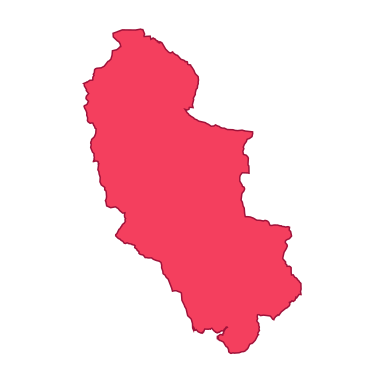 the district of Oituz, Bacau, Romania, rotated 277°
{"feature_id": "2599482B92428944714354", "entity_name": "Oituz", "entity_type": "district", "adm_level": 2, "iso_a3": "ROU", "parent_name": "Romania", "parent_adm1": "Bacau", "projection": "mercator", "projection_center": [26.528, 46.157], "detail": "fine", "context": "isolated", "style": "filled", "palette": "rose", "viewbox_px": 384, "rotation_deg": 277, "n_neighbors": 0, "source": "geoboundaries", "source_scale": "gbopen_adm2", "svg_char_len": 5945}
<svg xmlns="http://www.w3.org/2000/svg" viewBox="0 0 384 384"><g transform="rotate(277 192 192)"><path d="M99.7,308.8L103.4,310.7L103.5,312.7L106.5,311.8L108.8,312.1L114.6,311.2L115.6,309.8L116.6,309.1L118.0,307.2L118.7,306.9L119.6,305.6L119.9,304.3L122.1,302.6L121.8,300.9L124.4,300.2L129.0,299.6L129.7,298.8L130.2,297.7L129.8,295.4L131.1,295.0L132.5,293.4L133.9,293.5L136.6,290.5L137.3,290.1L143.3,290.7L147.3,292.5L150.0,293.2L151.3,292.7L153.1,290.8L154.7,290.7L156.0,291.6L157.6,294.4L160.4,296.2L164.8,294.7L166.1,293.1L168.9,293.1L169.3,291.5L168.6,289.1L168.9,287.8L168.8,285.6L169.3,284.9L169.2,283.5L169.6,280.9L169.2,277.3L168.5,275.3L168.4,273.8L168.9,273.1L171.2,271.9L172.2,270.6L172.6,269.4L172.7,267.9L171.9,266.3L172.2,263.0L171.9,259.7L173.5,256.2L174.3,253.0L174.3,250.5L174.0,247.9L174.7,247.6L177.3,246.8L182.4,245.8L184.4,244.4L188.1,243.2L190.0,241.7L196.2,241.7L197.2,242.0L199.0,243.2L200.9,243.8L202.0,243.7L203.2,243.0L203.7,241.4L205.1,240.8L208.6,238.1L212.6,237.6L214.5,237.9L217.2,239.5L217.7,244.8L217.6,246.3L223.9,245.4L225.0,245.1L225.4,244.5L226.4,244.2L232.5,243.8L233.6,243.1L235.1,241.4L235.6,238.5L238.6,237.5L241.3,238.2L242.8,237.4L245.8,238.2L248.7,239.8L250.9,240.2L251.6,241.3L252.1,242.5L254.3,244.8L257.5,245.1L259.1,244.8L259.0,237.4L259.5,234.2L258.5,229.9L258.4,227.3L258.8,225.1L258.3,219.4L259.3,216.4L259.1,214.4L259.5,212.3L260.3,211.3L260.7,209.2L261.5,207.2L260.2,205.7L259.6,203.0L261.2,200.0L261.7,198.3L262.5,196.6L263.2,189.9L264.2,188.0L264.9,185.4L265.8,184.6L267.2,181.4L267.7,180.8L267.8,180.0L269.2,178.9L269.9,177.7L273.2,175.0L272.8,177.1L273.7,178.9L275.6,179.0L275.9,180.8L275.9,182.8L278.6,181.7L283.9,182.4L285.3,181.9L289.2,183.4L290.8,183.2L294.4,183.6L295.5,184.5L297.0,184.7L297.8,184.4L300.2,185.0L301.9,184.7L303.9,184.8L307.3,184.0L309.5,181.2L310.6,180.3L312.9,179.1L316.0,176.6L316.3,176.0L317.8,175.2L318.0,174.8L317.9,173.6L318.2,172.2L320.6,171.5L320.8,170.9L320.5,169.4L321.2,169.0L321.8,167.8L322.4,164.8L325.8,161.0L326.2,159.1L327.3,157.2L327.9,156.3L328.7,155.7L327.4,153.9L327.6,152.5L328.2,151.4L330.6,148.4L336.4,144.0L336.8,142.6L336.2,141.8L336.8,141.5L336.2,141.0L336.7,140.6L337.0,141.0L336.9,139.5L337.7,139.5L338.1,138.0L339.5,136.5L339.4,135.8L340.1,135.0L340.1,134.5L339.5,134.0L338.5,132.6L341.6,131.5L340.5,125.5L341.5,125.3L343.0,125.7L347.2,123.4L347.1,122.3L347.4,121.2L345.9,116.3L344.4,103.0L339.9,94.3L336.3,95.0L332.9,99.5L332.3,101.0L330.4,102.6L327.6,103.6L327.0,102.5L325.7,101.7L324.0,99.9L322.5,95.8L318.0,96.0L313.9,95.3L312.0,93.7L311.3,92.6L306.2,89.6L304.2,86.8L303.2,82.4L302.5,81.1L301.4,80.4L298.5,80.5L296.8,79.7L295.9,80.5L293.9,79.6L291.2,79.9L290.9,79.6L290.4,76.9L288.3,74.6L288.4,74.4L288.0,74.3L287.8,73.5L286.5,71.3L286.3,71.8L284.2,72.2L280.8,74.8L279.8,74.7L277.1,77.4L274.2,75.5L272.3,75.3L271.5,75.6L269.4,78.1L266.5,77.3L265.3,76.0L264.6,74.7L264.0,74.4L262.4,75.1L259.7,77.0L257.6,78.0L255.5,78.1L252.9,79.4L250.1,79.5L249.0,80.3L247.8,82.5L248.3,84.0L248.3,85.2L245.9,86.5L245.4,87.2L243.5,88.0L243.0,89.1L238.6,89.3L236.7,88.9L234.8,88.3L232.0,86.0L230.3,85.9L229.1,85.4L228.2,85.7L227.9,85.6L227.5,86.0L226.6,86.2L223.8,86.0L219.5,88.4L218.2,90.1L216.4,90.2L214.2,90.9L212.9,90.7L212.1,91.2L211.5,90.6L210.2,90.4L210.2,90.7L210.8,91.9L211.1,93.1L210.9,94.7L210.7,95.1L209.5,95.3L208.9,96.0L208.1,95.6L207.8,95.9L202.5,95.9L201.0,97.0L198.4,97.7L195.5,99.1L190.9,99.4L188.0,101.1L185.9,104.9L184.0,105.0L183.1,105.5L183.1,106.0L182.6,106.4L181.4,106.9L176.7,107.8L174.5,107.7L172.8,107.1L171.9,107.7L167.8,109.0L166.5,113.2L168.0,117.9L167.0,119.7L166.7,120.6L164.8,122.5L162.7,125.6L162.6,126.1L163.2,127.9L160.7,127.8L158.9,128.2L157.6,129.3L156.9,128.9L155.4,129.1L154.9,129.5L152.7,128.5L152.3,127.8L150.4,126.5L149.7,126.5L149.0,125.9L146.6,124.8L146.1,124.1L141.7,122.6L140.3,121.5L139.2,121.6L137.2,124.1L136.5,125.6L136.5,126.2L135.3,127.6L134.6,129.4L132.9,131.0L132.8,132.4L133.6,133.5L133.6,134.4L133.1,135.1L133.0,137.6L132.8,138.8L132.5,138.9L132.2,141.3L131.8,142.0L129.8,141.9L128.5,144.2L127.8,144.4L127.0,145.2L126.8,146.1L125.9,146.8L124.9,146.7L124.1,147.6L123.7,148.9L123.6,150.7L123.1,151.7L121.2,153.5L121.4,155.5L121.2,156.3L121.7,159.9L120.5,161.8L119.7,164.9L119.3,168.0L118.3,169.8L115.7,170.8L113.1,171.1L109.8,172.7L107.6,173.2L107.1,173.7L106.3,175.3L104.2,176.8L102.6,179.0L94.2,183.5L91.2,184.7L91.8,186.4L92.1,188.4L91.4,191.0L91.2,192.3L90.4,193.8L83.3,195.2L78.7,198.2L77.5,198.7L75.3,200.4L68.7,202.8L66.4,206.0L65.6,206.8L61.6,208.5L57.1,209.2L54.9,210.5L57.1,210.6L55.1,211.8L55.1,212.1L55.9,212.9L54.0,215.2L53.1,218.2L53.5,218.7L53.1,219.3L53.5,219.8L54.2,219.7L54.4,220.5L57.5,221.3L57.8,225.0L58.2,226.1L58.1,227.0L58.5,227.1L59.2,228.3L56.9,230.7L56.2,232.1L55.7,232.4L55.7,233.2L55.4,233.6L55.5,234.0L55.3,234.1L55.3,234.6L56.1,235.7L56.0,236.1L57.9,238.2L57.8,238.9L58.1,239.8L59.2,240.8L59.9,240.9L60.3,241.5L62.0,242.3L62.3,243.0L62.2,243.4L62.0,243.6L60.7,242.0L58.2,240.9L56.5,240.4L55.7,240.6L55.3,240.0L53.8,239.9L54.1,238.0L53.9,237.3L51.9,235.2L51.8,234.8L50.8,234.8L50.6,234.9L50.9,235.6L50.6,235.9L50.3,236.0L49.5,235.3L49.4,235.8L48.7,236.2L48.4,237.4L48.0,237.7L47.9,238.8L46.9,241.5L43.2,244.3L42.7,244.9L42.2,246.2L40.2,247.4L37.8,248.0L36.7,249.8L36.6,250.4L37.4,252.4L37.2,253.4L38.2,258.4L39.5,260.8L39.9,262.8L40.4,263.6L41.1,264.6L42.3,265.2L42.4,265.7L43.9,266.6L47.9,267.8L48.9,269.4L48.9,269.9L50.1,271.1L52.7,272.9L58.3,274.9L58.5,275.3L59.1,274.6L60.3,274.6L62.9,275.8L64.2,275.1L66.1,275.3L67.8,274.4L69.5,274.3L71.4,272.4L72.2,272.0L74.3,272.6L76.0,271.9L78.1,272.0L78.3,272.5L78.4,273.7L77.7,275.0L77.8,275.5L78.5,278.0L78.5,284.3L78.1,285.3L75.6,287.6L75.2,288.8L76.6,289.1L78.8,290.4L79.4,291.4L80.3,291.8L80.6,292.3L80.2,293.2L84.0,295.3L88.1,299.3L88.4,300.2L91.0,302.5L92.7,302.8L94.3,302.1L94.8,303.0L94.6,303.3L96.2,304.5L95.7,305.8L97.2,307.4L100.3,308.0L99.7,308.8Z" fill="#f43f5e" stroke="#9f1239" stroke-width="1.5"/></g></svg>